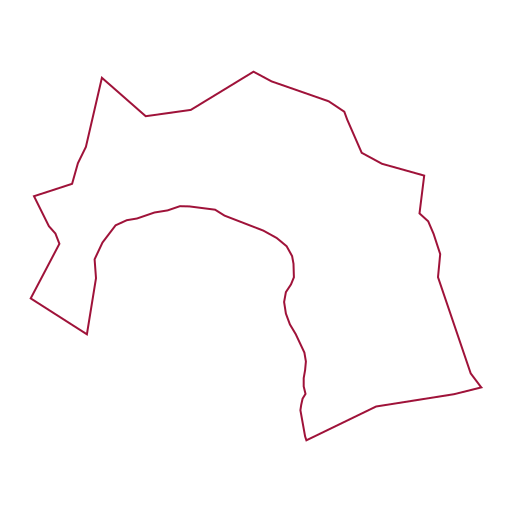 the Municipality of Videm
{"feature_id": "SVN-222", "entity_name": "Videm", "entity_type": "Municipality", "adm_level": 1, "iso_a3": "SVN", "parent_name": "Slovenia", "parent_adm1": "", "projection": "natural_earth1", "projection_center": [15.9, 46.335], "detail": "fine", "context": "isolated", "style": "outline", "palette": "rose", "viewbox_px": 512, "rotation_deg": 0, "n_neighbors": 0, "source": "natural_earth", "source_scale": "10m", "svg_char_len": 917}
<svg xmlns="http://www.w3.org/2000/svg" viewBox="0 0 512 512"><path d="M481.3,387.4L454.0,394.2L376.1,406.5L306.4,440.3L306.0,439.1L305.1,436.4L300.4,410.2L301.2,404.9L302.6,398.6L305.5,393.9L303.7,386.4L303.7,378.1L305.1,370.1L305.9,361.5L304.4,352.6L295.7,334.1L289.9,324.4L285.9,313.6L284.1,302.0L285.9,292.1L291.0,284.4L293.9,277.3L293.5,263.8L292.1,256.1L286.6,246.2L276.7,238.0L263.3,230.6L224.5,215.6L215.1,209.7L189.3,206.4L179.9,206.2L167.6,210.4L154.5,212.5L137.0,218.5L126.8,220.2L115.6,225.3L102.5,242.5L94.6,259.3L96.0,278.2L86.9,334.3L30.7,298.4L59.4,243.8L55.4,233.5L48.9,226.2L34.0,196.2L72.1,183.8L77.9,163.2L85.9,146.9L101.9,77.8L145.7,116.2L190.8,109.9L253.5,71.7L271.6,81.4L328.7,101.3L344.3,111.7L347.2,119.6L361.7,152.8L382.0,163.8L424.2,175.6L419.5,213.4L428.2,221.3L433.6,233.9L440.2,254.1L438.0,277.2L470.7,373.4L480.7,386.7L481.3,387.4Z" fill="none" stroke="#9f1239" stroke-width="2"/></svg>